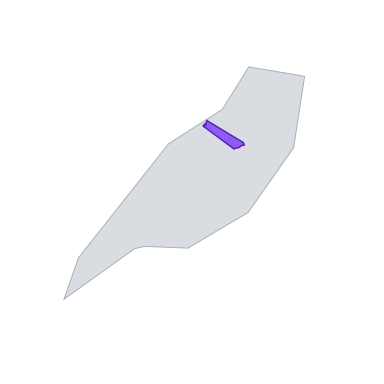 Ngerkesou, Ngchesar, Palau (highlighted), rotated 209°
{"feature_id": "81905179B7495119160888", "entity_name": "Ngerkesou", "entity_type": "district", "adm_level": 2, "iso_a3": "PLW", "parent_name": "Palau", "parent_adm1": "Ngchesar", "projection": "orthographic", "projection_center": [134.602, 7.464], "detail": "fine", "context": "in_parent", "style": "filled", "palette": "violet", "viewbox_px": 384, "rotation_deg": 209, "n_neighbors": 0, "source": "geoboundaries", "source_scale": "gbopen_adm2", "svg_char_len": 1275}
<svg xmlns="http://www.w3.org/2000/svg" viewBox="0 0 384 384"><g transform="rotate(209 192 192)"><path d="M203.0,328.9L149.6,347.8L124.6,280.0L133.0,201.4L168.3,141.0L206.8,121.6L214.7,114.7L252.0,36.2L259.4,79.5L235.8,223.1L205.5,279.0L203.0,328.9Z" fill="#d9dde1" stroke="#a8b0b8" stroke-width="1"/><path d="M171.1,260.1L213.7,261.7L213.6,261.4L213.6,261.2L213.4,261.0L213.4,260.9L213.3,260.7L213.2,260.5L213.3,260.4L213.3,260.2L213.2,260.0L213.2,259.9L213.2,259.7L213.2,259.4L213.2,259.2L213.2,258.9L213.2,258.7L213.2,258.3L213.3,258.2L213.2,258.2L213.3,258.1L213.2,258.0L213.2,257.9L213.2,257.6L213.0,257.3L212.9,257.3L212.8,257.2L213.0,257.2L212.9,257.1L213.0,257.1L213.1,256.9L213.1,257.0L213.2,256.9L213.3,256.8L213.4,256.7L213.5,256.7L213.8,256.5L213.8,256.4L214.0,256.3L214.1,256.2L214.3,256.0L214.3,255.8L214.4,255.7L214.3,255.4L214.2,255.4L213.9,255.2L213.7,255.1L213.3,255.0L213.1,255.1L212.9,254.9L212.8,254.7L212.7,254.7L212.6,255.0L212.4,255.0L212.3,254.9L212.1,254.8L203.6,253.6L176.0,250.0L175.6,250.8L175.3,251.5L175.0,251.8L173.4,252.7L172.8,253.4L172.3,254.3L172.2,254.7L171.9,254.9L171.7,255.2L171.6,255.5L171.4,255.8L171.4,256.2L171.1,256.8L169.8,257.8L169.0,258.4L170.7,259.8L171.1,260.1Z" fill="#8b5cf6" stroke="#5b21b6" stroke-width="1.5"/></g></svg>